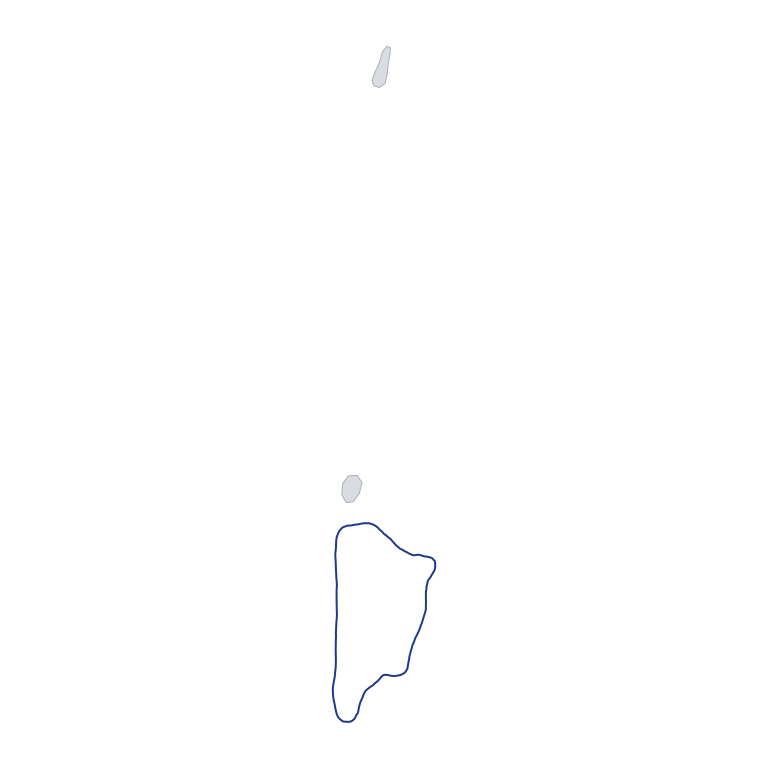 location of Mulaku, Maldives
{"feature_id": "70690204B6879359618468", "entity_name": "Mulaku", "entity_type": "district", "adm_level": 2, "iso_a3": "MDV", "parent_name": "Maldives", "parent_adm1": "", "projection": "equal_earth", "projection_center": [73.487, 2.962], "detail": "fine", "context": "in_parent", "style": "outline", "palette": "blue", "viewbox_px": 768, "rotation_deg": 0, "n_neighbors": 0, "source": "geoboundaries", "source_scale": "gbopen_adm2", "svg_char_len": 2769}
<svg xmlns="http://www.w3.org/2000/svg" viewBox="0 0 768 768"><path d="M385.1,83.3L379.3,87.5L373.9,85.8L372.0,80.6L374.7,72.8L379.3,62.8L382.4,51.9L386.9,46.1L390.4,48.0L390.0,54.1L388.4,62.5L387.3,73.3L385.1,83.3ZM353.3,501.7L346.2,502.5L341.8,494.9L342.7,483.7L348.3,475.9L357.0,475.4L362.0,482.4L359.4,493.2L353.3,501.7Z" fill="#d9dde1" stroke="#a8b0b8" stroke-width="1"/><path d="M347.8,721.9L350.4,721.6L352.1,720.8L354.2,719.2L355.3,717.3L355.9,715.9L356.9,714.3L357.8,713.0L358.4,710.6L358.8,708.1L359.2,706.3L359.8,704.1L360.4,702.2L361.2,700.4L361.8,699.0L362.9,696.5L363.6,694.4L364.2,693.1L365.0,691.7L366.2,690.2L368.2,688.6L369.8,687.2L371.5,686.3L373.2,685.0L375.0,683.2L377.0,681.6L378.5,680.2L379.9,678.6L381.7,676.4L383.4,675.1L385.4,674.8L387.3,674.9L390.8,675.7L393.6,676.1L396.2,675.8L398.2,675.5L400.6,675.0L403.6,673.5L405.0,672.4L406.2,670.7L407.1,669.2L407.6,667.7L407.8,666.2L408.2,663.9L408.5,661.7L409.1,659.7L409.4,656.7L409.8,654.9L410.3,653.0L411.1,650.1L411.8,647.8L412.4,645.4L413.6,642.7L414.6,640.1L415.4,637.7L416.8,635.2L418.2,632.3L419.0,630.5L420.1,627.9L420.8,625.3L421.8,623.2L422.7,620.2L423.4,618.0L424.2,615.3L425.2,612.1L425.8,610.0L425.9,607.7L425.9,605.1L426.0,602.6L425.9,599.2L425.9,597.1L425.9,594.4L425.9,591.9L426.5,588.6L426.5,586.4L427.1,584.5L427.2,584.3L427.8,580.9L429.2,578.8L430.7,576.9L431.9,574.6L433.0,572.9L433.9,571.4L434.8,569.2L435.2,567.3L435.2,565.6L435.1,562.8L434.7,560.8L433.4,559.6L432.3,558.3L430.5,557.5L427.2,556.7L425.3,556.5L424.0,556.3L421.1,555.3L417.9,554.7L414.5,555.3L412.9,555.1L411.0,554.4L408.8,553.4L406.8,552.2L404.5,551.1L402.4,549.7L400.3,548.9L398.2,547.1L396.1,545.4L394.5,543.5L392.9,541.8L391.0,539.5L389.5,538.2L387.5,536.7L386.1,535.3L384.6,534.4L383.4,533.3L381.9,531.5L379.7,529.7L377.5,527.3L375.3,525.7L372.7,524.4L369.4,523.3L364.6,523.2L361.4,523.6L358.3,524.3L354.7,524.7L352.0,525.3L350.0,525.6L348.5,525.5L346.4,526.0L345.0,526.5L343.6,527.0L342.3,527.7L340.3,529.7L339.3,531.1L338.4,532.6L337.7,534.5L336.7,537.2L336.2,540.6L336.1,543.7L336.0,546.8L335.7,550.3L335.3,553.5L335.4,557.0L335.5,558.8L335.7,562.4L335.8,565.2L335.9,568.5L336.0,570.6L336.2,573.8L336.3,576.8L336.6,580.9L336.8,583.2L336.9,586.1L336.6,590.4L336.6,594.8L336.6,597.6L336.6,600.6L336.7,604.1L336.7,607.8L336.9,612.7L336.9,615.9L336.6,619.6L336.4,622.3L336.2,625.7L336.1,628.3L335.9,632.7L336.0,636.0L335.9,639.4L335.8,642.4L335.8,645.5L335.7,648.5L335.7,651.5L335.8,655.5L335.9,658.6L335.8,663.4L335.7,667.0L335.2,671.8L334.7,677.1L333.7,682.2L332.9,687.1L332.8,690.2L333.0,694.4L333.3,697.8L334.2,702.2L335.0,706.1L335.4,708.5L336.0,711.2L336.7,714.0L337.4,715.6L338.5,717.6L340.1,719.3L341.8,720.6L343.0,721.4L345.4,721.7L347.8,721.9Z" fill="none" stroke="#1e3a8a" stroke-width="2"/></svg>